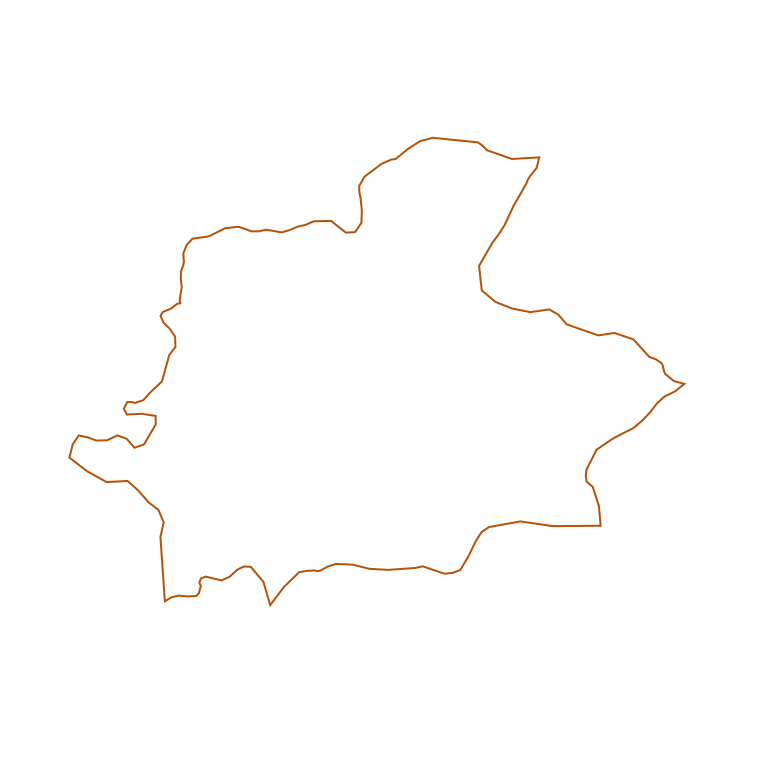 outline of Sivas, rotated 191°
{"feature_id": "TUR-2295", "entity_name": "Sivas", "entity_type": "Province", "adm_level": 1, "iso_a3": "TUR", "parent_name": "Turkey", "parent_adm1": "", "projection": "equal_earth", "projection_center": [37.51, 39.556], "detail": "fine", "context": "isolated", "style": "outline", "palette": "amber", "viewbox_px": 768, "rotation_deg": 191, "n_neighbors": 0, "source": "natural_earth", "source_scale": "10m", "svg_char_len": 2131}
<svg xmlns="http://www.w3.org/2000/svg" viewBox="0 0 768 768"><g transform="rotate(191 384 384)"><path d="M522.3,160.9L526.6,158.2L527.4,153.8L525.3,150.9L525.8,143.2L527.9,140.1L536.0,138.0L545.2,137.1L551.9,134.1L557.7,128.9L574.3,191.3L573.9,206.1L581.3,217.3L592.5,222.9L604.8,232.5L617.2,239.9L637.6,234.8L658.5,241.6L678.7,251.7L678.1,265.1L673.9,275.2L664.8,275.1L655.6,273.6L645.1,275.9L635.8,282.7L626.1,281.1L616.7,273.8L607.9,279.1L600.4,300.8L602.1,309.1L615.9,308.6L630.5,305.0L634.7,310.1L632.6,317.3L628.8,318.1L624.7,318.0L617.3,322.1L612.1,330.8L602.5,344.1L600.3,371.6L595.8,380.6L598.1,390.7L605.2,397.6L611.8,401.9L616.4,408.3L614.8,412.5L607.7,417.2L605.6,419.4L603.8,421.7L601.9,423.5L599.4,424.3L600.5,427.1L600.8,431.6L601.0,440.6L603.5,448.0L604.8,456.0L603.9,460.6L603.6,465.6L604.9,469.7L605.9,474.0L604.2,482.9L599.7,490.1L584.1,495.5L569.7,506.6L556.8,510.6L543.2,508.6L536.0,510.0L529.1,513.0L513.4,513.3L506.0,517.1L498.8,522.0L491.2,525.3L484.1,530.3L467.2,534.0L450.2,525.3L441.4,527.6L436.9,537.9L438.9,550.4L442.6,562.3L444.9,567.8L446.1,573.7L442.8,583.7L428.5,599.6L419.9,605.5L415.4,607.2L405.1,619.6L394.9,629.3L383.1,635.0L337.8,639.1L332.5,636.6L327.5,633.1L301.4,629.3L274.8,636.1L275.4,625.2L280.2,616.2L281.7,612.3L282.5,607.9L290.7,583.8L296.0,562.8L300.0,552.7L304.6,543.2L313.2,518.1L305.9,494.5L290.0,485.8L272.7,482.5L254.0,482.5L235.9,488.8L225.9,485.2L216.1,477.4L182.9,472.6L167.5,478.1L147.7,475.4L128.7,461.2L122.1,460.2L115.6,457.5L113.9,455.3L111.4,449.7L109.6,447.3L99.9,442.2L89.3,441.4L97.0,432.2L106.2,425.3L112.5,416.8L117.5,406.7L123.7,397.1L130.7,388.5L148.1,374.8L162.8,360.1L168.9,338.6L168.4,332.3L166.4,326.7L159.4,322.8L149.8,305.4L144.3,286.2L191.1,276.7L224.1,275.1L253.7,263.6L260.1,257.1L264.0,247.0L268.2,231.1L273.6,215.9L280.7,211.7L288.4,209.3L311.2,212.4L318.5,209.3L344.6,202.3L363.2,199.8L380.1,200.7L396.8,198.2L404.2,194.2L411.0,188.6L413.8,187.6L416.8,187.7L424.2,185.8L431.4,183.0L443.3,166.0L453.5,145.2L464.5,166.6L479.8,179.1L486.8,178.1L492.7,173.6L498.6,165.5L505.9,160.2L522.3,160.9Z" fill="none" stroke="#b45309" stroke-width="2"/></g></svg>